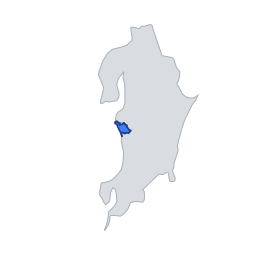 Parrita, Puntarenas, Costa Rica (highlighted), rotated 46°
{"feature_id": "36466004B95019586049956", "entity_name": "Parrita", "entity_type": "district", "adm_level": 2, "iso_a3": "CRI", "parent_name": "Costa Rica", "parent_adm1": "Puntarenas", "projection": "equal_earth", "projection_center": [-84.334, 9.549], "detail": "fine", "context": "in_parent", "style": "filled", "palette": "blue", "viewbox_px": 256, "rotation_deg": 46, "n_neighbors": 0, "source": "geoboundaries", "source_scale": "gbopen_adm2", "svg_char_len": 4908}
<svg xmlns="http://www.w3.org/2000/svg" viewBox="0 0 256 256"><g transform="rotate(46 128 128)"><path d="M198.5,130.9L198.2,132.0L197.5,133.1L196.5,134.2L195.1,134.9L191.7,132.7L188.4,130.1L186.6,131.3L186.0,134.6L184.7,136.4L183.2,137.0L182.6,138.2L182.5,149.5L182.6,160.3L185.1,160.5L189.3,164.2L191.0,166.4L191.6,168.5L191.1,169.4L188.1,171.8L185.1,174.8L183.6,178.4L186.2,184.4L186.8,188.5L186.7,192.7L186.0,194.8L180.3,199.6L179.0,201.3L179.2,202.6L182.3,205.9L183.8,209.2L185.1,213.1L185.3,216.5L182.4,210.2L178.4,204.2L174.9,200.5L174.7,191.8L173.3,187.1L168.1,182.8L163.6,179.7L160.3,180.4L162.3,185.3L167.6,191.7L167.9,194.2L167.8,197.5L164.2,197.0L161.0,195.6L157.2,195.2L154.6,193.2L149.1,185.6L153.0,179.1L154.2,174.8L154.1,166.0L153.2,161.7L149.0,155.1L142.3,148.0L132.9,142.1L128.5,137.4L117.5,133.8L113.3,131.4L110.1,126.9L109.6,123.8L110.8,118.8L107.7,112.6L94.7,100.3L87.4,95.8L85.8,93.2L84.6,92.3L85.8,100.8L88.9,105.9L97.3,110.7L99.6,113.4L100.5,117.1L95.7,124.0L93.2,125.7L92.5,129.5L90.9,130.6L89.2,128.5L82.4,117.6L69.4,112.4L67.0,109.2L62.2,99.4L59.9,90.3L60.7,84.3L66.1,74.9L67.8,70.9L67.5,68.3L67.7,64.6L65.7,62.1L60.7,58.7L57.5,56.0L58.4,54.7L64.1,51.0L64.5,47.8L64.4,46.7L65.4,46.4L66.2,45.6L66.7,44.7L68.3,41.5L69.6,39.7L71.2,39.5L73.1,40.8L80.3,44.2L88.2,47.9L99.6,53.3L104.3,49.9L108.3,47.2L111.2,47.6L117.3,50.7L120.9,51.6L123.2,51.3L127.1,55.8L129.2,59.2L129.6,61.4L130.8,62.6L133.8,62.9L141.3,65.2L145.8,64.7L149.9,62.3L152.2,59.4L152.9,54.9L154.0,57.1L155.2,60.7L155.7,65.2L161.1,80.5L165.4,89.0L174.8,104.5L178.8,107.4L185.7,119.9L188.0,122.0L189.4,125.7L196.5,128.7L198.5,130.9Z" fill="#d9dde1" stroke="#a8b0b8" stroke-width="1"/><path d="M128.4,128.0L128.1,128.2L127.9,128.2L127.8,128.3L127.7,128.3L127.6,128.2L127.3,128.1L127.1,128.0L126.9,128.0L126.8,127.9L126.7,127.8L126.4,127.9L126.2,127.9L126.1,128.0L126.0,127.9L125.9,127.9L125.8,127.6L125.7,127.5L125.4,127.6L125.4,127.3L125.5,127.1L125.4,127.0L125.4,126.9L125.1,126.8L125.0,127.0L124.9,127.2L124.8,127.3L124.7,127.2L124.5,127.3L124.4,127.5L124.2,127.5L124.0,127.4L123.9,127.4L123.7,127.3L123.7,127.5L123.4,127.8L123.2,127.8L123.2,127.6L123.1,127.4L122.9,127.4L122.7,127.5L122.5,127.8L122.4,127.8L122.4,127.7L122.2,127.5L122.0,127.4L122.0,127.5L121.9,127.6L121.7,127.7L121.5,127.4L121.4,127.4L121.2,127.5L121.1,127.8L121.0,128.0L121.2,128.3L121.2,128.5L121.1,128.8L121.1,129.0L121.2,129.3L121.3,129.4L121.3,129.6L121.3,129.8L121.1,129.8L121.1,130.1L120.9,130.3L120.9,130.6L120.7,130.6L120.4,130.6L120.4,130.8L120.4,131.0L120.2,131.3L120.1,131.5L119.9,131.6L119.9,131.8L120.0,131.9L120.0,132.0L119.9,132.0L119.8,131.9L119.7,131.9L119.7,132.0L119.6,131.8L119.5,131.7L119.4,131.6L119.5,131.4L119.4,131.3L119.4,131.2L119.2,131.1L119.3,131.0L119.1,130.9L118.9,130.9L118.7,130.8L118.7,130.6L118.4,130.9L118.4,131.1L118.3,131.3L118.2,131.2L117.9,131.1L117.7,131.0L117.6,130.9L117.5,131.0L117.5,131.3L117.4,131.3L117.3,131.2L117.2,131.2L117.1,131.3L116.9,131.2L116.7,131.1L116.5,131.3L116.4,131.2L115.8,131.1L115.6,131.1L115.4,131.2L115.4,131.4L115.2,131.5L115.1,131.8L114.9,132.2L114.9,132.3L115.0,132.4L115.0,132.5L114.9,132.5L114.8,132.8L114.9,133.0L114.7,133.1L114.7,133.3L114.8,133.4L114.9,133.5L115.0,133.7L115.1,133.8L115.3,134.1L115.6,134.2L115.8,134.2L116.0,134.0L116.1,133.9L116.5,133.9L116.9,133.7L117.2,133.7L117.9,133.7L118.2,133.7L118.4,133.8L119.0,134.1L119.3,134.2L119.4,134.3L119.6,134.4L120.1,134.6L120.3,134.7L120.5,134.8L121.0,134.9L121.3,135.0L121.8,135.2L122.1,135.2L122.3,135.3L122.5,135.3L122.9,135.4L123.0,135.5L123.3,135.5L123.5,135.7L123.9,135.9L124.2,135.9L124.5,136.0L125.2,136.2L125.4,136.2L125.6,136.3L126.0,136.5L126.3,136.6L126.7,136.6L126.8,136.6L127.0,136.5L127.2,136.4L127.3,136.4L127.4,136.5L127.5,136.6L127.4,136.7L127.3,136.4L127.2,136.4L127.1,136.5L127.2,136.8L127.3,137.0L127.5,137.1L127.8,137.3L128.5,137.6L128.9,137.9L129.0,138.0L129.7,138.2L129.9,138.1L129.8,137.8L129.7,137.8L129.5,137.7L129.4,137.7L129.2,137.5L128.9,137.5L128.5,137.5L128.3,137.4L128.2,137.1L128.0,136.8L127.8,136.6L127.7,136.0L127.5,135.8L127.3,135.6L127.2,135.4L127.2,135.2L127.3,135.1L127.5,134.9L127.6,134.7L128.0,134.4L128.3,134.5L128.5,134.5L128.8,134.5L129.0,134.7L129.3,134.5L129.3,134.4L129.4,134.2L129.5,134.1L129.6,133.9L129.8,133.7L130.0,133.8L130.0,133.7L130.1,133.4L130.2,133.2L130.1,132.9L130.0,132.7L130.3,132.7L130.5,132.6L130.6,132.4L130.7,132.2L130.8,132.2L131.1,131.9L131.3,131.8L131.5,131.7L131.8,131.5L131.8,131.4L132.2,131.2L132.0,130.9L131.9,130.9L131.9,130.7L132.1,130.2L131.9,129.6L132.1,129.7L132.2,129.4L132.2,129.1L132.1,128.9L132.1,128.6L132.0,128.4L131.7,128.4L131.6,128.2L131.6,127.9L131.5,128.0L131.3,127.9L131.2,128.1L130.9,128.2L130.3,128.2L130.2,128.2L130.0,128.3L129.9,128.6L129.7,128.6L129.4,128.6L129.3,128.4L129.2,128.4L129.2,128.5L129.1,128.3L128.9,128.3L128.7,128.4L128.6,128.2L128.4,128.0L128.4,128.0Z" fill="#3b82f6" stroke="#1e3a8a" stroke-width="1.5"/></g></svg>